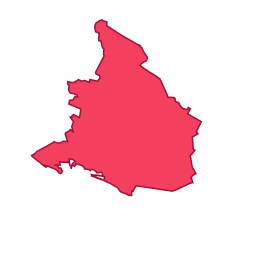 outline of Codes pag., Bauska, Latvia, rotated 33°
{"feature_id": "27541924B25863088320510", "entity_name": "Codes pag.", "entity_type": "district", "adm_level": 2, "iso_a3": "LVA", "parent_name": "Latvia", "parent_adm1": "Bauska", "projection": "robinson", "projection_center": [24.192, 56.468], "detail": "fine", "context": "isolated", "style": "filled", "palette": "rose", "viewbox_px": 256, "rotation_deg": 33, "n_neighbors": 0, "source": "geoboundaries", "source_scale": "gbopen_adm2", "svg_char_len": 5413}
<svg xmlns="http://www.w3.org/2000/svg" viewBox="0 0 256 256"><g transform="rotate(33 128 128)"><path d="M167.7,182.5L167.4,182.3L165.6,178.6L166.7,178.4L166.6,177.7L166.6,177.4L166.5,176.3L166.4,174.5L166.3,172.7L166.4,172.4L166.3,172.0L167.0,171.8L168.1,171.1L169.2,170.8L170.3,170.2L184.4,163.7L187.4,162.4L192.6,160.0L196.0,158.4L199.6,156.8L199.7,156.6L200.1,156.0L201.0,155.0L201.7,154.2L203.9,150.7L204.4,149.8L206.3,146.8L208.3,143.6L209.0,142.4L209.1,142.1L209.8,141.2L211.7,138.6L212.0,138.6L211.5,137.9L208.7,135.7L208.3,135.8L208.0,133.8L208.0,132.1L208.3,132.0L208.4,131.7L209.8,129.2L208.3,128.6L208.2,128.5L205.6,127.1L205.4,127.0L202.9,125.5L196.8,118.9L196.1,118.6L196.0,118.3L195.2,117.2L195.9,114.8L195.9,114.5L196.2,110.2L194.5,110.4L194.4,110.3L191.5,106.6L191.4,106.5L189.9,104.5L186.9,100.6L189.8,94.7L188.5,94.2L187.4,94.2L187.0,91.2L186.6,87.8L186.5,87.1L186.1,82.8L182.5,83.0L170.3,83.7L169.8,77.9L167.4,78.0L167.7,80.4L164.7,81.3L164.1,81.5L163.2,81.6L163.3,81.7L162.7,81.7L159.4,80.8L157.0,79.2L156.0,79.2L154.4,79.7L154.2,79.9L153.1,79.7L152.8,79.2L151.9,78.4L151.6,77.8L150.3,77.3L146.7,79.1L145.9,79.8L144.9,80.6L144.7,80.5L143.5,79.3L140.8,77.6L132.9,72.5L129.2,70.1L128.2,69.5L124.9,69.3L120.2,69.2L119.9,69.4L113.8,69.4L111.4,69.3L108.4,69.3L104.1,68.9L103.9,68.9L104.1,67.6L104.2,66.8L104.3,66.8L105.0,64.7L106.9,61.5L106.8,61.1L105.7,58.2L99.6,55.5L95.7,53.3L95.7,53.2L95.3,53.3L95.1,53.2L94.2,52.6L93.8,52.5L93.6,52.4L93.6,52.5L91.6,52.3L90.9,52.8L88.4,52.9L88.0,52.9L83.9,53.1L73.7,53.7L66.5,53.8L65.6,53.8L65.4,53.8L55.4,53.7L54.4,53.8L52.6,50.5L51.1,50.9L49.7,51.4L48.1,51.8L47.4,51.5L45.8,53.2L45.2,54.6L45.3,55.5L44.4,56.1L44.0,57.2L44.2,59.0L44.8,60.9L45.7,62.2L46.9,63.3L48.4,65.0L52.2,64.1L52.3,65.0L53.5,66.2L53.8,67.6L54.7,69.1L56.0,70.7L58.1,69.8L61.5,73.4L63.5,74.8L64.1,74.8L64.7,74.9L64.9,75.0L65.1,75.3L65.6,76.9L65.7,77.0L66.4,77.9L67.2,79.3L68.3,80.1L68.7,80.7L69.5,88.6L69.6,89.9L69.7,91.4L69.8,92.1L69.9,92.3L70.0,94.1L70.1,94.9L70.4,98.4L70.6,99.0L71.3,100.0L71.5,100.1L75.7,99.6L77.0,100.8L77.3,102.1L76.9,105.4L73.0,106.8L72.9,106.9L69.6,108.1L71.0,110.7L65.6,111.8L65.6,112.0L64.0,113.6L63.9,113.7L63.6,113.8L62.7,114.0L61.5,114.2L60.1,114.5L59.8,114.6L59.9,115.5L58.8,117.2L58.8,117.4L58.4,117.9L58.2,118.1L58.6,118.8L57.2,119.7L56.8,120.1L54.0,121.3L52.3,121.9L53.1,123.1L54.0,124.3L54.5,124.3L54.8,124.3L55.4,124.4L55.8,124.7L55.9,125.2L56.1,125.8L56.4,126.6L56.6,127.3L57.8,128.7L57.9,128.9L59.5,129.7L60.7,130.0L61.3,129.9L62.2,129.6L62.9,129.2L63.7,128.7L64.3,128.4L64.5,128.4L65.1,128.8L65.3,128.8L67.5,128.1L68.0,128.8L68.8,129.3L66.6,130.8L66.3,131.1L66.3,131.3L66.5,132.7L66.7,134.0L65.1,135.8L64.0,136.5L64.7,138.6L65.4,140.1L70.2,139.2L77.8,137.9L78.8,139.3L80.4,142.7L81.6,145.8L75.1,146.3L74.9,147.0L74.6,147.7L74.4,147.9L74.5,148.5L74.7,149.4L74.6,149.5L74.8,149.5L74.6,149.6L74.8,149.7L73.7,150.4L76.7,151.6L76.8,151.7L78.9,152.5L79.9,157.1L80.1,157.5L83.9,161.0L80.5,160.7L80.2,162.9L79.4,164.1L79.4,164.3L78.8,164.9L78.7,165.1L78.5,165.4L78.5,165.7L78.5,167.1L84.7,172.3L80.9,174.4L80.3,175.3L80.2,175.6L79.2,177.4L78.7,178.1L77.6,178.5L77.0,179.0L73.4,179.8L73.6,180.1L72.9,181.7L72.7,181.8L71.9,183.2L70.7,185.6L68.8,189.3L68.3,190.0L64.2,197.6L64.3,199.5L63.5,200.3L63.8,201.2L63.7,201.2L63.1,201.9L62.2,203.2L62.2,203.8L65.4,204.2L69.4,204.7L73.3,204.9L76.0,205.4L78.1,205.5L80.6,205.5L80.6,205.4L80.6,205.2L79.7,205.2L78.9,205.2L78.6,205.1L78.2,205.1L78.0,204.8L78.8,204.7L79.3,204.5L80.3,204.2L81.6,203.7L82.1,203.6L82.8,203.4L84.1,203.2L85.2,203.1L85.4,203.0L85.9,202.8L86.8,202.7L87.8,202.5L89.7,202.2L91.3,202.3L93.3,202.7L94.4,203.2L94.9,203.2L95.4,203.2L95.9,203.1L96.3,202.9L96.6,202.5L96.9,201.9L96.8,201.6L96.5,200.8L96.2,199.9L96.3,199.7L95.9,199.6L95.0,199.3L93.7,198.2L93.0,198.5L91.5,199.4L89.2,197.6L86.2,199.2L89.2,197.3L91.5,195.9L88.8,193.6L89.6,193.3L90.6,192.9L94.0,191.1L96.2,189.8L95.8,189.2L97.2,188.5L98.0,189.5L99.0,190.5L99.8,191.2L100.0,191.2L99.2,190.5L98.9,190.1L98.4,189.6L98.2,189.3L98.2,189.2L95.4,186.1L98.5,184.5L102.0,184.6L101.3,186.6L101.1,187.4L101.0,188.0L100.9,188.0L100.9,188.7L101.2,190.9L101.3,191.1L101.9,192.7L102.4,192.6L102.1,191.7L101.9,191.1L101.7,190.6L101.5,189.4L102.5,189.3L104.0,189.3L104.0,189.0L104.2,188.2L104.3,187.5L104.3,187.2L104.2,186.7L103.8,186.3L110.8,184.3L111.3,185.0L112.2,184.6L113.8,186.0L115.9,185.0L118.0,184.1L119.6,184.3L119.5,183.3L119.7,183.1L120.3,182.7L120.5,182.4L120.8,182.3L121.6,181.8L123.1,181.8L124.9,182.0L125.1,182.0L125.9,182.5L126.2,182.6L126.4,182.5L127.7,181.6L128.5,181.0L128.9,180.4L129.0,180.1L129.7,179.7L130.5,179.8L131.0,180.0L131.6,180.5L132.2,181.2L132.4,181.3L132.6,182.1L130.1,183.3L129.6,183.5L129.0,183.9L128.9,183.8L128.3,184.1L123.9,186.5L123.0,186.8L122.6,187.0L122.9,187.2L123.5,187.0L124.5,186.5L127.8,184.7L129.7,183.8L130.6,183.3L134.8,181.5L136.3,185.0L135.3,185.2L134.3,185.4L133.8,185.3L132.8,185.6L132.5,185.7L131.5,185.9L130.9,186.0L129.6,186.3L128.6,186.5L126.9,186.9L126.1,187.0L125.8,187.1L125.1,187.2L124.7,187.5L123.8,187.6L123.5,187.7L123.6,188.1L124.6,187.7L125.6,187.5L127.0,187.3L129.1,186.9L131.6,186.3L135.0,185.4L136.9,185.1L138.8,184.8L140.4,184.7L143.3,184.1L147.5,184.0L149.8,183.8L151.1,183.8L152.6,184.0L153.4,184.3L154.7,184.9L155.6,185.3L156.8,185.4L158.2,185.2L160.7,184.6L162.5,184.3L163.9,184.2L165.5,183.9L167.2,182.8L167.7,182.5Z" fill="#f43f5e" stroke="#9f1239" stroke-width="1.5"/></g></svg>